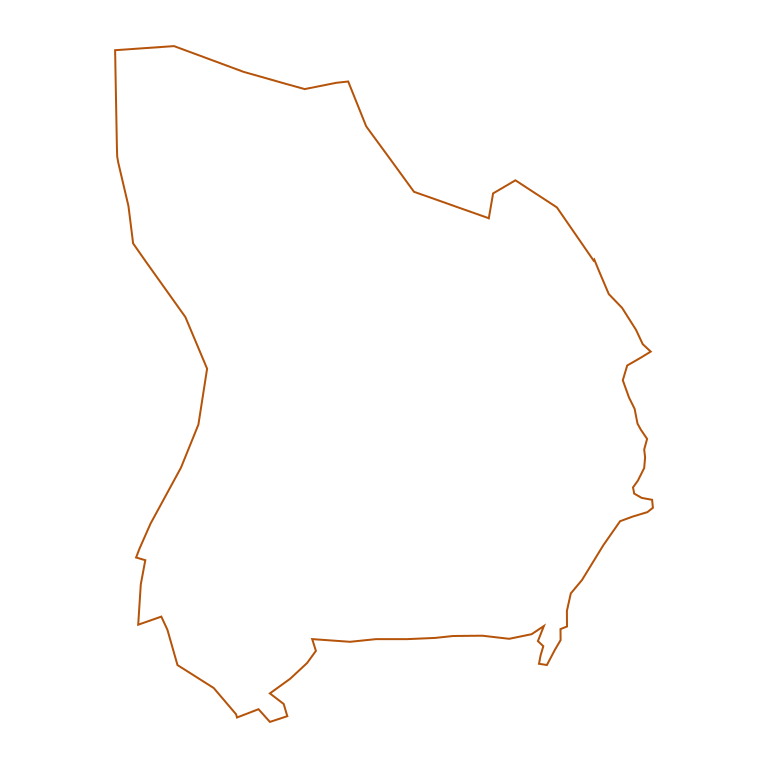 outline of Mosfiloti, Larnaca, Cyprus
{"feature_id": "46923920B11567225397923", "entity_name": "Mosfiloti", "entity_type": "district", "adm_level": 2, "iso_a3": "CYP", "parent_name": "Cyprus", "parent_adm1": "Larnaca", "projection": "robinson", "projection_center": [33.434, 34.953], "detail": "fine", "context": "isolated", "style": "outline", "palette": "amber", "viewbox_px": 768, "rotation_deg": 0, "n_neighbors": 0, "source": "geoboundaries", "source_scale": "gbopen_adm2", "svg_char_len": 1446}
<svg xmlns="http://www.w3.org/2000/svg" viewBox="0 0 768 768"><path d="M336.3,82.8L304.6,89.1L303.7,88.8L287.1,84.2L243.7,71.9L174.0,46.1L115.1,50.2L115.3,59.6L115.4,66.4L115.7,82.9L115.9,93.2L116.9,147.0L117.2,156.6L118.3,162.8L128.4,205.8L129.2,212.0L132.4,237.6L133.1,243.4L145.2,260.7L185.4,317.1L207.1,368.7L198.4,424.6L181.0,467.6L150.6,523.5L139.7,548.2L139.2,549.4L136.1,557.5L145.3,560.2L140.8,584.3L138.2,624.7L161.3,616.6L167.4,629.7L177.5,665.1L213.7,688.0L236.1,714.3L237.0,717.5L258.5,709.2L269.9,721.9L287.3,716.2L283.7,704.0L269.9,693.4L290.1,678.8L307.0,663.1L315.9,650.9L312.2,639.1L350.0,641.8L376.3,639.1L408.0,639.1L435.3,637.9L453.1,636.0L482.2,635.7L509.2,638.8L531.6,634.2L543.9,626.0L537.9,641.1L543.3,646.2L540.6,655.4L539.0,663.8L546.9,665.0L554.9,649.8L560.6,640.1L560.5,629.1L567.0,626.5L566.9,610.9L570.8,593.4L582.0,580.0L603.4,545.1L604.1,544.1L620.1,521.2L632.3,516.7L647.4,512.1L652.9,507.8L652.1,499.8L641.7,497.9L634.2,493.6L633.0,487.4L637.9,480.6L644.2,468.0L645.1,457.4L644.2,449.5L647.1,438.9L640.9,429.8L637.5,423.6L634.6,408.8L629.0,397.5L622.8,380.3L627.2,365.5L640.9,357.6L650.7,351.6L642.7,344.1L636.1,330.0L622.1,307.9L608.8,294.1L599.4,272.0L594.3,259.6L593.6,260.6L556.9,207.4L515.4,180.3L503.5,187.3L493.1,193.4L488.8,218.3L488.4,218.1L414.0,191.8L413.7,191.4L387.7,155.7L367.6,128.3L367.2,127.7L367.3,127.9L366.1,126.1L348.2,81.5L336.3,82.8Z" fill="none" stroke="#b45309" stroke-width="2"/></svg>